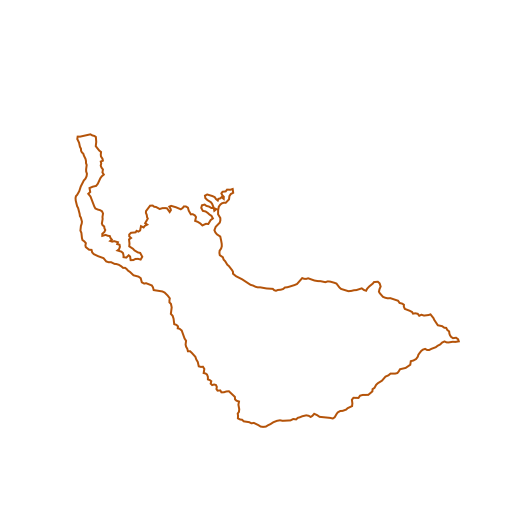 Novo Jardim, Tocantins, Brazil, rotated 247°
{"feature_id": "56859067B81218887161282", "entity_name": "Novo Jardim", "entity_type": "district", "adm_level": 2, "iso_a3": "BRA", "parent_name": "Brazil", "parent_adm1": "Tocantins", "projection": "natural_earth1", "projection_center": [-46.478, -11.806], "detail": "fine", "context": "isolated", "style": "outline", "palette": "amber", "viewbox_px": 512, "rotation_deg": 247, "n_neighbors": 0, "source": "geoboundaries", "source_scale": "gbopen_adm2", "svg_char_len": 6106}
<svg xmlns="http://www.w3.org/2000/svg" viewBox="0 0 512 512"><g transform="rotate(247 256 256)"><path d="M98.2,409.3L100.4,409.5L102.6,408.2L103.4,405.2L105.3,404.0L107.2,403.6L109.0,403.7L111.1,404.3L113.2,403.2L115.5,403.0L116.4,401.3L118.7,399.9L121.2,396.3L127.6,395.1L129.4,395.1L134.1,393.8L134.2,391.9L135.5,387.4L137.3,385.3L137.2,382.9L139.6,382.3L141.0,380.3L141.6,378.0L143.4,377.8L145.4,376.2L149.2,372.3L151.7,372.3L153.3,373.1L155.0,372.0L156.7,369.8L159.3,369.3L164.7,363.2L165.6,360.7L167.1,358.6L168.8,356.9L173.4,355.4L175.1,355.2L177.2,356.7L179.2,358.8L182.5,359.1L184.7,358.1L185.9,354.4L185.0,352.8L183.7,348.3L182.5,345.6L181.0,343.8L182.5,342.1L184.9,340.7L185.4,335.1L186.2,332.8L186.6,330.2L187.5,327.3L192.5,321.4L194.4,320.5L199.2,319.3L200.8,317.6L203.5,314.2L204.6,312.1L204.8,309.6L207.6,305.6L208.8,303.0L210.6,300.2L215.1,295.3L215.3,293.3L216.2,291.4L217.6,289.9L214.2,282.8L214.2,280.1L214.7,275.0L215.0,272.6L215.7,270.3L215.0,268.1L215.3,265.6L216.2,262.8L216.2,260.8L217.4,259.4L219.2,258.6L222.0,253.0L225.6,247.5L226.5,245.3L227.9,243.5L230.0,241.7L231.6,239.7L240.0,234.1L245.2,229.7L248.7,227.9L250.3,228.6L252.0,228.5L257.4,227.1L259.1,226.2L263.2,225.6L265.3,224.8L267.8,225.0L270.9,223.0L273.1,223.5L275.1,224.6L276.5,226.8L278.3,228.3L280.6,229.2L284.1,230.0L287.9,230.7L291.2,228.5L293.6,227.8L296.0,227.8L298.6,230.3L300.9,235.7L302.7,237.1L304.9,238.0L309.2,237.4L312.9,239.0L316.0,241.1L317.3,243.3L317.8,245.2L317.6,247.3L316.8,248.9L318.7,253.3L321.5,254.9L322.9,257.0L323.1,259.7L326.8,260.7L327.0,258.3L328.4,255.3L327.3,253.3L328.2,250.3L327.2,248.6L325.2,248.7L323.1,249.5L321.2,248.6L323.6,247.3L323.0,245.6L323.3,243.7L322.0,242.5L324.1,241.4L326.3,241.0L328.2,239.3L331.7,235.1L331.5,232.6L329.1,232.0L326.5,233.1L323.1,235.5L321.1,236.0L316.6,235.9L317.6,233.7L319.9,232.0L321.5,229.9L323.4,228.8L323.8,226.1L321.7,224.4L318.3,224.7L316.7,227.0L314.5,228.4L312.3,229.4L310.4,230.7L307.4,231.0L306.8,228.3L304.1,224.6L305.2,222.5L305.1,218.6L307.8,217.4L310.2,215.7L312.1,213.7L315.3,216.0L317.3,215.6L319.2,214.1L319.8,212.3L324.0,211.8L327.1,212.2L329.0,210.8L329.8,209.0L328.8,207.1L328.4,205.0L332.2,201.3L335.3,197.5L335.3,195.5L333.1,195.8L331.5,195.6L330.2,193.7L334.7,192.7L335.6,191.1L336.6,188.6L336.9,185.7L340.2,183.1L341.1,181.5L342.8,180.6L343.7,178.2L340.3,172.3L338.7,171.5L336.5,171.5L334.3,170.9L332.7,171.0L329.5,166.8L327.4,168.1L327.2,165.4L326.2,163.7L328.4,161.8L324.8,159.3L324.4,157.3L325.8,155.9L324.8,154.4L326.2,150.0L325.3,147.7L323.6,147.0L321.4,148.0L320.9,145.6L316.9,144.4L314.4,143.1L310.7,145.6L308.7,146.3L305.4,148.7L304.1,150.6L299.7,151.0L297.8,148.4L299.4,146.4L300.4,143.9L300.2,141.4L301.2,139.0L304.7,139.9L306.4,139.1L305.2,136.0L306.7,133.6L308.3,134.3L310.7,134.7L312.6,133.8L315.2,130.7L315.7,132.5L317.6,134.3L319.7,134.8L321.2,132.9L322.6,134.3L325.1,131.2L325.4,129.2L326.8,127.7L327.4,129.7L329.6,129.1L331.5,129.2L332.6,127.4L334.2,125.8L334.6,122.4L336.5,123.2L337.3,125.7L338.8,127.4L340.7,127.3L342.5,127.8L344.3,126.8L346.1,126.8L350.0,129.3L351.9,129.9L354.9,131.8L357.4,131.7L359.2,130.3L360.5,128.6L362.5,126.7L364.8,126.5L375.4,126.9L378.8,125.9L379.7,128.4L383.6,129.3L383.6,132.8L383.0,136.2L384.3,138.6L388.4,143.1L389.6,145.1L390.4,147.7L392.9,147.3L395.5,148.9L397.8,148.3L399.9,148.4L401.7,149.7L403.6,150.0L403.6,152.3L405.4,152.7L408.2,152.2L409.9,152.7L412.3,154.0L414.3,152.9L419.7,151.4L423.4,153.5L428.1,155.1L429.6,154.2L431.0,152.4L432.7,151.1L434.6,140.7L435.6,138.5L433.5,137.2L429.4,137.4L425.3,136.6L423.2,136.8L421.2,136.1L419.5,136.2L417.6,137.0L415.7,136.8L412.0,137.0L409.8,136.6L407.9,135.8L405.9,135.7L402.2,133.5L400.2,132.7L397.7,132.5L395.6,131.2L393.8,129.2L392.8,127.0L391.5,125.5L388.5,121.9L384.7,118.6L382.2,115.3L381.4,113.6L379.8,112.5L377.4,111.7L373.7,111.1L371.6,110.8L369.7,111.0L363.6,110.1L361.5,109.5L359.9,109.8L355.6,109.2L353.9,108.2L352.1,106.6L348.0,104.3L345.5,104.3L340.5,102.8L338.5,102.5L336.5,103.7L334.3,104.4L332.4,103.1L330.7,102.8L327.0,104.8L325.9,107.0L323.3,106.6L321.1,107.4L317.5,110.6L313.6,114.8L309.5,116.0L307.8,118.0L306.9,120.2L304.0,122.7L303.2,124.3L301.5,126.3L299.1,128.0L297.0,129.0L296.2,130.9L294.6,131.8L292.5,132.5L290.5,133.8L286.1,135.7L282.9,139.8L280.6,141.2L276.4,140.6L274.3,142.3L273.9,144.2L269.6,148.6L267.4,148.9L264.6,148.5L260.0,155.9L258.1,157.6L254.2,159.2L250.7,160.1L249.0,159.0L247.1,158.2L245.2,159.0L241.6,158.3L236.0,155.0L233.5,155.9L230.4,155.6L225.2,154.1L223.7,155.8L221.7,156.7L220.0,155.7L218.9,157.2L216.4,158.5L207.9,158.0L205.3,158.5L202.0,156.6L199.8,156.2L197.4,156.5L194.9,156.1L194.1,158.1L191.8,159.1L186.9,160.8L184.1,160.6L181.2,161.0L176.8,160.2L175.4,162.0L174.8,163.9L172.2,164.3L168.7,162.1L167.5,163.7L166.0,164.6L163.6,164.5L161.2,163.5L159.8,165.0L158.2,165.9L156.2,164.4L154.3,165.2L154.1,167.2L152.9,168.7L150.8,168.8L149.0,167.6L147.1,168.0L146.2,170.6L144.0,170.9L143.1,173.2L142.9,175.7L142.1,178.2L134.6,181.5L132.2,180.7L130.4,181.5L128.7,183.5L126.0,181.7L121.5,180.7L119.2,179.4L118.1,177.6L116.1,177.1L113.6,175.9L111.7,177.5L110.7,179.2L108.6,180.1L105.7,184.8L103.8,186.4L103.2,188.8L99.4,192.1L97.2,193.6L95.9,195.8L95.1,198.4L95.5,200.9L95.6,203.6L96.2,207.0L96.1,210.8L95.4,213.9L93.9,216.1L91.2,223.5L91.4,226.6L89.9,229.1L90.7,231.2L90.4,233.4L90.4,236.0L89.7,240.0L88.3,242.1L86.5,243.4L86.8,245.4L88.0,247.9L85.6,250.1L83.1,251.7L78.0,261.0L76.4,263.2L76.8,265.4L79.2,268.6L80.1,270.2L80.4,273.0L79.6,275.2L79.4,279.0L80.1,280.8L80.3,285.8L82.6,287.1L86.2,288.1L87.4,290.3L85.3,294.9L86.8,297.2L86.4,299.9L84.3,305.1L85.9,310.2L87.9,311.3L88.3,313.5L90.5,316.3L91.3,318.5L92.0,323.2L94.4,328.1L94.4,331.3L95.2,333.9L93.4,338.0L93.0,340.4L94.0,342.3L95.5,344.3L94.5,350.0L95.6,355.5L98.7,357.4L98.3,360.0L98.6,363.1L100.1,365.6L101.7,366.9L102.9,368.9L104.1,371.1L104.6,373.1L104.4,375.4L102.7,376.7L101.8,378.6L102.0,381.1L101.8,385.9L102.4,388.1L102.6,391.0L103.6,393.5L103.7,396.1L102.0,397.7L101.2,399.4L100.2,403.5L99.0,406.0L98.2,409.3ZM316.6,235.9L314.6,237.8L313.9,235.3L316.6,235.9Z" fill="none" stroke="#b45309" stroke-width="2"/></g></svg>